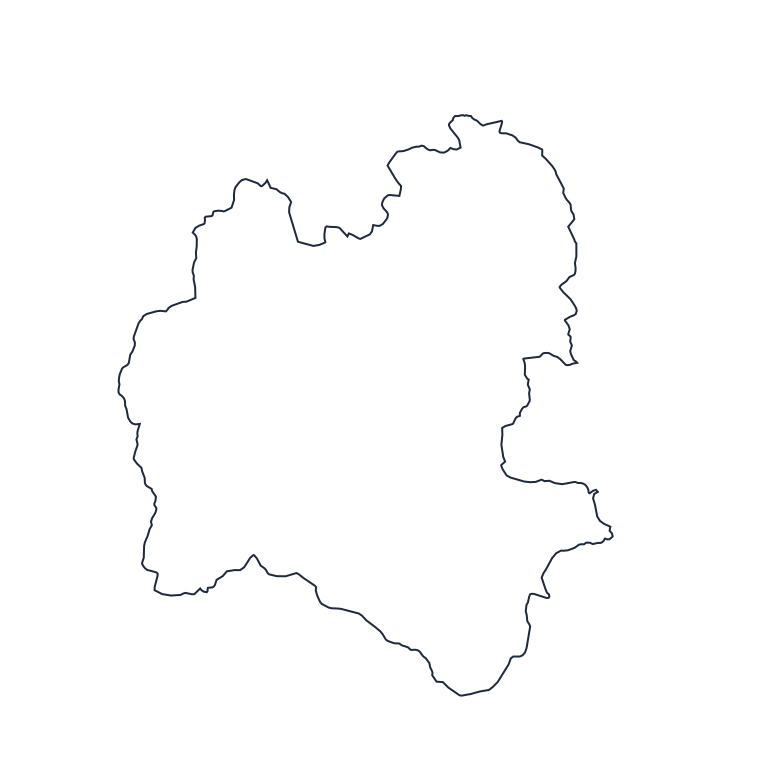 Ba Be, Bắc Kạn, Vietnam (Robinson projection), rotated 104°
{"feature_id": "81297802B36883846114124", "entity_name": "Ba Be", "entity_type": "district", "adm_level": 2, "iso_a3": "VNM", "parent_name": "Vietnam", "parent_adm1": "Bắc Kạn", "projection": "robinson", "projection_center": [105.701, 22.41], "detail": "fine", "context": "isolated", "style": "outline", "palette": "slate", "viewbox_px": 768, "rotation_deg": 104, "n_neighbors": 0, "source": "geoboundaries", "source_scale": "gbopen_adm2", "svg_char_len": 6166}
<svg xmlns="http://www.w3.org/2000/svg" viewBox="0 0 768 768"><g transform="rotate(104 384 384)"><path d="M667.5,233.0L663.8,224.8L659.1,216.5L655.5,208.2L651.9,205.3L645.7,201.6L625.8,195.2L619.5,194.6L617.2,192.7L615.6,186.3L613.7,183.9L610.4,182.2L605.6,181.8L583.9,183.5L581.9,185.0L579.4,187.6L573.5,189.7L570.2,191.5L563.9,192.3L561.2,191.5L555.1,191.7L552.5,191.2L551.7,189.5L551.4,187.5L552.3,174.5L551.7,172.6L550.4,172.1L548.4,172.9L546.9,175.5L543.8,177.8L533.7,184.2L528.8,183.4L524.7,182.0L512.4,178.8L506.6,176.0L502.8,171.9L502.4,169.6L500.9,165.4L496.9,159.5L492.7,155.9L491.6,153.5L491.2,151.2L489.0,149.4L488.2,145.8L488.8,142.6L486.6,138.4L485.8,135.4L484.8,134.1L483.0,132.9L480.6,132.3L480.7,129.6L480.2,127.8L477.1,125.4L476.4,125.3L473.8,126.7L471.8,129.6L467.7,129.9L466.5,136.5L464.6,141.3L460.9,145.1L449.9,150.2L444.4,153.5L439.8,153.4L437.0,150.4L435.4,152.7L437.1,155.4L440.3,158.0L440.3,158.5L439.5,159.3L437.3,160.1L435.0,161.9L433.1,164.4L432.5,166.5L432.4,168.8L433.1,171.8L432.8,174.7L433.3,176.3L438.1,186.8L438.8,194.3L437.9,200.2L439.4,204.7L438.7,207.9L442.4,213.3L444.0,218.8L444.7,224.4L444.2,238.5L443.0,243.0L438.0,248.3L434.7,250.6L434.2,250.6L430.0,247.7L425.8,250.7L414.6,255.4L404.9,256.8L398.0,258.7L395.4,256.0L391.7,249.5L391.0,249.1L385.0,247.9L383.5,246.8L382.0,244.4L379.2,245.2L374.5,244.0L372.7,242.9L371.3,240.5L370.5,239.9L365.5,238.6L364.1,238.7L357.8,241.0L354.0,241.2L349.9,244.3L344.7,244.7L344.2,246.3L341.0,249.6L333.5,251.2L329.7,252.5L326.0,254.9L325.4,254.2L320.1,240.0L319.7,239.3L315.9,237.2L315.1,235.7L314.4,233.3L314.1,231.4L315.7,225.9L315.8,222.4L317.2,219.1L321.4,212.4L321.5,211.1L320.5,208.3L318.6,205.9L316.7,201.7L315.6,203.4L314.9,205.7L309.5,210.0L306.9,211.3L301.2,211.0L297.7,213.6L293.4,214.2L292.6,214.9L291.6,217.0L291.0,217.3L286.0,217.0L282.5,219.2L278.6,223.9L278.0,224.0L273.9,219.9L271.5,216.5L269.7,214.9L266.4,214.7L264.5,215.6L262.2,217.5L256.7,223.4L251.7,232.0L248.5,236.2L247.4,237.1L244.8,235.9L239.9,231.8L235.3,229.9L232.2,226.0L230.9,225.5L228.3,225.5L225.0,226.2L220.5,228.0L213.7,228.2L201.0,231.4L199.5,233.3L197.8,234.3L186.8,243.3L178.1,239.2L173.6,241.1L171.0,243.9L169.9,244.6L164.9,246.3L163.4,247.7L161.0,251.2L159.2,253.1L155.3,256.3L150.8,256.9L138.8,267.6L136.0,269.1L134.5,270.5L131.8,273.5L126.2,281.8L124.1,285.8L118.7,287.0L118.2,287.4L117.2,292.2L116.3,301.6L116.6,310.9L115.4,313.1L113.1,315.9L111.7,319.6L111.2,326.0L112.2,329.9L112.2,332.2L111.0,333.1L102.3,332.7L100.8,332.9L100.2,333.5L107.2,347.3L109.3,350.4L108.6,353.0L106.0,357.5L105.5,360.3L104.6,362.6L103.0,364.4L103.4,366.8L103.3,369.3L104.3,370.8L104.0,372.2L105.0,375.0L105.9,376.4L106.9,380.0L109.1,381.1L111.4,381.1L114.2,383.0L116.2,383.8L117.4,383.5L120.0,381.4L127.5,371.5L129.5,369.9L136.1,366.9L138.9,370.2L139.3,373.3L138.9,376.7L141.6,378.2L143.3,379.7L145.0,381.9L145.7,385.6L144.6,391.1L145.0,393.4L146.0,395.5L146.0,397.2L145.2,399.9L143.6,402.8L143.6,405.1L145.2,407.4L145.9,410.0L147.8,413.7L150.5,417.0L153.3,421.5L154.9,426.4L155.5,427.3L157.0,428.1L167.0,432.2L171.2,433.4L182.1,422.6L185.4,418.8L187.7,415.4L190.5,414.8L197.8,414.6L199.2,424.1L200.0,425.9L203.9,428.7L207.5,429.5L210.8,429.4L213.6,427.0L216.6,422.5L218.4,421.2L221.5,420.9L223.0,421.2L228.8,423.7L231.5,426.3L232.2,429.1L232.4,432.9L238.8,432.6L242.3,434.0L248.9,442.0L249.0,443.2L246.9,450.8L246.4,454.5L249.7,455.2L243.3,464.9L243.2,467.9L244.7,475.1L244.9,477.7L246.3,478.7L252.9,478.1L256.9,477.1L260.5,475.2L261.1,475.6L264.8,480.6L267.1,485.9L266.8,501.9L240.4,517.6L235.4,518.6L229.9,518.1L225.8,522.4L223.5,526.5L223.5,528.9L223.1,531.1L221.0,535.6L221.1,541.4L214.6,546.7L217.6,547.7L221.2,550.1L221.8,551.0L221.8,551.5L219.8,555.1L218.6,566.6L218.7,568.0L220.6,571.3L223.3,573.2L229.3,575.8L232.1,576.0L236.6,575.4L241.7,574.0L249.8,574.6L254.7,580.2L255.4,581.5L255.3,583.0L255.9,586.8L257.6,590.7L258.3,591.2L261.8,591.2L262.8,591.9L264.8,597.5L266.1,598.2L268.3,597.3L271.6,597.0L272.3,597.4L275.2,601.8L278.3,604.8L283.3,606.2L284.8,603.6L286.1,602.1L288.5,600.7L295.9,599.0L302.0,598.3L307.3,596.6L312.1,597.7L319.6,597.4L322.1,596.6L324.9,594.7L328.7,594.0L335.6,590.7L346.1,587.8L351.9,595.6L353.1,599.3L359.4,608.8L362.4,611.5L364.1,611.9L366.3,613.2L367.1,618.7L368.5,622.4L373.3,630.9L376.4,634.0L379.7,634.6L381.5,635.8L384.4,636.8L398.3,638.2L400.9,637.9L403.9,635.8L407.0,635.1L412.9,635.9L417.1,637.3L425.3,636.7L427.6,637.6L431.0,641.1L432.4,641.9L438.3,642.7L441.8,642.6L445.5,642.0L448.3,640.6L454.1,640.2L456.6,639.4L458.1,637.9L458.8,635.8L460.7,632.9L463.2,631.2L467.7,629.9L470.6,627.8L478.7,624.1L481.4,621.4L482.5,620.0L483.2,618.1L483.3,616.2L483.2,615.0L481.8,611.3L489.3,611.7L491.7,611.4L494.3,610.4L497.7,610.8L501.9,608.6L503.6,608.4L509.9,609.0L516.0,609.0L517.5,608.6L521.0,604.4L524.0,599.1L527.1,597.6L533.0,593.5L537.8,592.1L539.3,591.0L540.4,589.5L542.0,584.1L544.1,583.0L548.5,578.0L552.6,577.5L555.6,577.9L557.0,577.5L558.8,575.5L559.9,574.7L561.1,574.5L564.3,574.7L570.2,576.5L573.9,576.8L577.2,575.1L581.6,576.3L588.7,576.6L595.5,577.7L599.1,577.6L610.5,575.1L615.7,575.4L617.0,575.2L619.0,573.4L620.6,571.3L621.7,568.8L621.8,559.9L622.1,558.6L622.8,557.7L624.8,557.3L636.7,557.4L639.6,556.7L641.5,548.4L640.8,539.5L637.9,530.4L635.7,527.9L634.7,526.1L634.5,519.5L633.8,517.2L626.9,512.9L628.3,511.1L629.1,508.5L628.9,505.6L627.4,505.1L625.6,505.6L624.3,505.5L622.9,501.3L621.6,500.1L619.8,499.4L614.6,499.1L609.4,494.0L603.7,491.1L600.7,483.9L599.4,478.6L595.6,475.3L585.1,471.8L581.7,469.4L581.5,468.7L584.0,465.1L590.0,459.8L591.5,455.9L592.7,453.9L595.9,450.8L596.5,449.0L596.4,441.6L594.4,433.0L588.6,423.2L589.3,420.5L591.6,415.5L596.5,402.2L597.4,400.8L601.0,400.2L605.2,397.8L610.7,393.5L612.5,391.1L614.3,383.7L614.3,380.7L612.9,373.8L612.6,371.1L612.8,352.9L614.0,349.5L617.7,343.8L621.8,334.1L624.9,327.7L627.2,324.7L631.4,320.5L632.4,318.3L633.1,311.3L632.1,306.6L633.3,303.3L633.6,297.3L635.5,293.7L634.2,288.8L634.2,286.6L635.2,284.4L638.7,280.2L640.0,277.1L643.8,272.5L647.8,270.6L650.9,268.0L652.6,267.0L654.9,266.8L660.1,261.0L659.0,254.8L663.0,248.1L667.8,235.3L667.5,233.0Z" fill="none" stroke="#1e293b" stroke-width="2"/></g></svg>